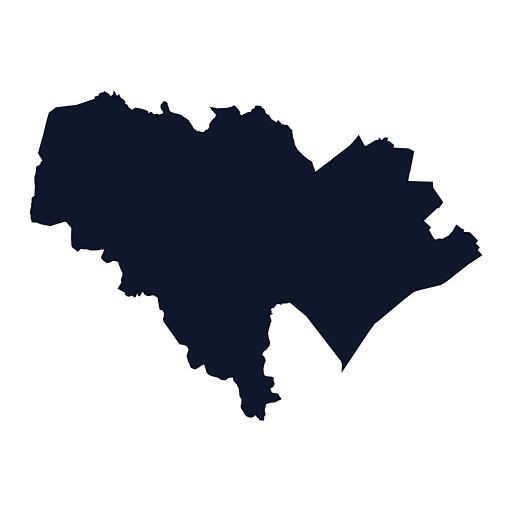 Libres, Puebla, Mexico
{"feature_id": "50627088B27684829351077", "entity_name": "Libres", "entity_type": "district", "adm_level": 2, "iso_a3": "MEX", "parent_name": "Mexico", "parent_adm1": "Puebla", "projection": "albers", "projection_center": [-97.691, 19.454], "detail": "fine", "context": "isolated", "style": "filled", "palette": "ink", "viewbox_px": 512, "rotation_deg": 0, "n_neighbors": 0, "source": "geoboundaries", "source_scale": "gbopen_adm2", "svg_char_len": 6045}
<svg xmlns="http://www.w3.org/2000/svg" viewBox="0 0 512 512"><path d="M348.2,147.7L332.6,159.4L332.7,159.8L325.7,165.0L325.6,164.8L314.9,173.2L314.1,169.8L312.5,166.2L311.5,162.4L310.0,161.1L308.3,160.7L307.9,160.1L303.3,156.5L297.5,150.6L296.1,148.7L295.7,147.3L295.4,147.4L293.9,144.4L293.7,142.1L293.2,141.0L293.5,140.2L292.8,139.2L292.1,136.9L292.1,134.7L291.7,133.9L291.5,130.6L291.1,130.1L290.2,129.5L287.9,126.7L286.7,126.8L286.5,126.3L286.9,125.6L284.7,125.6L283.5,125.1L281.6,125.4L281.0,124.3L278.2,121.1L276.7,123.7L276.0,122.9L270.8,119.5L269.8,117.8L269.0,117.3L268.7,115.7L267.2,115.4L265.1,113.4L264.4,110.8L263.2,109.2L261.8,108.8L260.8,107.4L260.7,106.8L256.2,106.3L255.7,106.7L254.7,109.5L253.6,109.3L253.2,110.9L252.3,110.1L250.9,113.2L249.2,112.7L248.5,112.8L246.2,113.7L245.5,114.4L243.4,114.9L242.9,115.8L241.4,117.2L240.8,117.3L241.0,117.9L240.5,118.7L240.4,117.0L241.1,116.4L240.8,115.5L239.5,114.6L238.0,114.3L239.5,112.3L236.2,108.1L234.1,106.2L230.9,107.9L228.8,108.0L228.3,108.5L226.3,108.7L216.0,109.1L215.6,108.6L211.2,107.8L212.5,110.0L213.9,110.9L215.7,113.4L217.3,115.0L216.2,116.4L215.7,117.9L214.3,119.1L213.8,119.1L210.5,123.5L209.8,125.2L210.1,127.2L208.2,130.2L206.0,130.5L205.3,131.7L203.5,132.9L201.6,132.5L200.6,133.0L200.1,132.3L199.5,132.3L199.1,131.7L197.8,132.2L196.4,131.6L195.8,130.7L194.1,129.9L192.4,128.1L192.0,126.5L190.9,125.5L190.2,123.6L189.3,123.0L188.5,121.3L187.3,120.0L186.2,119.7L185.3,118.5L182.2,116.9L181.6,116.0L179.4,115.3L178.3,114.6L176.8,114.7L176.1,114.2L174.6,114.2L173.6,113.5L172.5,113.4L169.8,112.1L169.3,111.6L168.3,109.2L167.7,106.5L166.9,105.6L166.9,103.6L165.4,102.3L164.0,102.0L163.6,102.3L162.7,103.8L161.6,104.6L161.2,106.3L161.7,108.8L163.6,110.9L164.1,112.8L162.1,114.8L160.4,114.9L157.3,116.6L156.7,116.1L156.6,115.4L157.4,114.7L155.6,114.6L153.3,115.8L153.1,114.7L151.4,112.8L150.3,112.8L149.7,113.6L147.6,114.8L147.4,111.7L146.5,111.5L145.8,110.8L140.1,109.2L135.7,108.4L133.1,110.0L130.8,110.5L129.7,108.7L127.8,107.9L127.6,106.5L126.6,105.1L124.4,104.3L124.5,101.4L123.5,101.0L123.1,100.2L121.6,99.0L120.8,98.9L119.1,96.4L118.8,95.3L117.3,97.3L117.1,96.3L116.7,95.9L115.3,96.0L115.0,93.7L114.1,92.3L113.5,95.1L112.3,95.7L111.9,97.6L109.6,96.6L109.8,96.4L109.0,95.3L108.5,95.2L108.4,94.6L108.0,94.2L104.5,92.1L104.4,93.2L101.9,93.1L99.8,94.2L99.1,95.3L99.8,96.4L99.6,96.9L96.2,96.9L95.4,97.2L95.3,99.3L93.7,99.9L76.7,105.6L56.4,108.0L49.5,113.1L47.0,122.1L44.4,133.0L38.8,153.1L43.5,160.9L41.5,162.4L41.3,163.8L40.5,164.6L40.3,165.3L37.0,167.0L36.3,173.7L35.3,176.5L35.0,178.6L35.7,186.6L35.6,189.2L35.2,190.3L35.6,192.7L35.0,194.0L35.7,195.6L32.4,198.3L32.4,202.2L31.8,204.1L32.0,206.4L31.0,209.6L30.7,213.4L31.5,215.4L31.3,218.5L32.2,220.3L32.3,221.6L36.7,221.8L41.1,223.6L50.2,225.3L65.0,220.8L67.2,221.8L69.0,224.3L72.1,227.6L71.8,237.8L72.2,245.4L72.7,246.8L77.8,250.8L80.2,248.3L81.1,248.1L83.8,248.6L86.9,248.5L90.5,249.7L97.5,249.6L99.8,249.2L101.6,248.5L105.5,249.1L101.8,257.2L102.3,258.4L103.2,259.5L106.9,262.4L107.5,262.4L111.4,261.1L112.2,260.3L113.5,260.1L117.6,260.8L119.1,262.3L119.6,264.5L121.9,270.3L123.1,272.2L123.2,275.0L121.6,280.1L122.2,282.7L118.6,288.3L122.7,290.7L125.0,291.7L126.2,293.5L125.8,294.5L128.2,295.9L129.4,295.8L129.5,295.3L133.2,294.8L133.7,294.4L133.4,295.7L134.3,296.5L134.8,296.5L135.2,296.2L137.1,291.0L137.5,291.1L138.6,295.1L139.4,295.5L140.9,293.3L141.2,291.2L141.5,290.8L144.1,292.2L144.9,293.6L145.7,294.4L147.9,295.4L153.6,294.4L158.2,297.0L160.2,309.0L163.3,309.9L164.9,313.7L164.4,316.2L164.7,317.1L164.0,317.7L163.7,318.9L164.1,321.1L180.1,343.7L181.7,343.8L185.6,344.7L187.9,346.4L189.4,349.6L187.5,355.8L187.5,356.9L188.5,359.8L188.6,361.2L189.6,362.4L191.4,367.2L194.2,368.5L195.3,368.5L199.8,366.1L200.4,365.2L204.1,363.5L205.2,365.0L205.6,366.2L207.2,372.1L208.5,373.6L211.7,375.4L218.6,377.1L221.0,379.0L224.0,379.5L225.8,379.4L227.6,377.5L228.5,377.1L232.3,376.8L233.5,377.0L233.9,377.8L233.8,380.0L236.3,382.9L237.3,383.5L237.8,385.2L239.0,387.2L239.7,389.5L240.1,394.9L240.6,396.7L241.7,398.0L242.3,399.4L242.0,404.2L241.4,405.8L241.5,407.3L241.8,408.2L244.1,411.5L244.7,413.1L246.5,415.5L249.6,416.8L252.0,416.7L253.1,416.3L255.3,413.9L258.0,417.3L259.5,418.2L259.9,419.5L263.3,419.9L263.6,416.0L264.2,415.5L264.9,414.1L264.0,411.1L264.2,408.2L265.0,406.6L265.3,403.7L269.9,402.1L274.8,401.6L280.6,398.8L278.9,396.8L277.6,394.4L276.7,394.0L275.7,394.4L275.0,393.8L273.9,393.8L271.2,393.0L270.6,391.6L270.0,391.2L270.4,390.8L269.9,390.3L269.7,389.0L270.1,388.1L271.1,387.0L272.7,386.4L273.7,384.5L273.8,383.5L272.8,380.9L273.0,378.0L271.5,377.5L265.7,376.8L264.0,375.8L263.5,374.8L263.1,373.4L262.7,368.3L264.0,362.8L264.9,360.8L264.8,359.8L264.2,358.1L262.9,356.4L261.0,355.4L263.0,351.1L265.6,349.4L268.6,345.6L269.1,344.2L269.4,342.3L268.0,338.0L267.2,333.2L268.8,326.6L269.5,325.5L269.1,324.8L270.7,320.9L270.7,320.0L269.8,319.2L270.1,318.1L269.5,317.8L269.2,314.7L271.2,313.9L270.2,313.6L270.7,313.2L270.5,312.6L271.0,311.9L270.0,309.0L270.2,308.2L271.0,308.1L272.4,307.1L273.4,307.4L273.4,306.4L275.0,305.5L275.1,304.8L276.7,303.4L279.8,303.3L281.0,304.0L281.5,303.3L283.9,302.1L284.1,302.8L286.3,302.7L288.6,302.2L289.7,301.5L306.8,315.7L341.3,360.4L342.8,364.1L342.4,370.3L367.1,333.1L373.9,323.7L373.8,323.2L376.6,321.5L404.0,298.6L413.1,291.6L415.9,290.4L419.4,289.4L440.3,284.4L445.6,281.4L467.5,264.1L481.3,255.0L476.5,249.9L478.8,247.5L474.7,243.3L477.1,240.8L469.5,233.0L463.3,232.5L462.9,230.7L463.2,230.0L461.2,229.2L456.5,225.6L453.3,231.5L448.8,236.3L442.4,239.7L439.1,239.2L436.8,240.2L434.0,239.9L429.7,232.8L428.1,229.4L430.1,227.6L422.8,220.7L437.8,206.6L438.5,207.5L442.3,202.2L432.6,188.2L432.2,182.5L407.3,181.7L408.6,174.1L409.6,170.8L413.3,151.8L408.6,149.2L392.4,148.3L393.4,145.4L389.4,142.1L386.3,141.7L387.3,138.4L385.2,138.2L384.7,138.2L382.8,140.2L380.6,140.8L380.2,140.4L379.6,138.9L379.6,137.9L379.0,140.8L376.3,140.6L366.2,146.6L363.8,146.6L363.8,145.6L358.6,136.1L356.6,139.0L350.5,145.7L348.2,147.7Z" fill="#0f172a" stroke="#020617" stroke-width="1.5"/></svg>